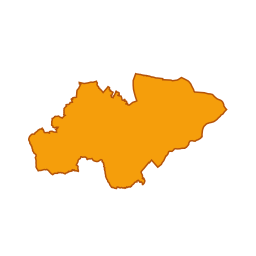 outline of Mintiu Gherlii, Cluj, Romania, rotated 162°
{"feature_id": "2599482B84488457525620", "entity_name": "Mintiu Gherlii", "entity_type": "district", "adm_level": 2, "iso_a3": "ROU", "parent_name": "Romania", "parent_adm1": "Cluj", "projection": "mercator", "projection_center": [23.941, 47.068], "detail": "fine", "context": "isolated", "style": "filled", "palette": "amber", "viewbox_px": 256, "rotation_deg": 162, "n_neighbors": 0, "source": "geoboundaries", "source_scale": "gbopen_adm2", "svg_char_len": 5902}
<svg xmlns="http://www.w3.org/2000/svg" viewBox="0 0 256 256"><g transform="rotate(162 128 128)"><path d="M143.6,182.2L147.2,182.3L149.1,183.1L151.9,183.2L155.7,183.8L156.4,184.1L160.3,186.4L160.6,184.9L159.5,184.2L162.6,181.0L164.8,179.6L165.7,177.7L166.6,175.4L167.1,174.6L167.4,173.3L168.4,173.2L169.7,173.7L171.1,173.7L171.3,173.7L171.7,172.7L172.1,173.2L172.9,173.1L173.1,172.7L172.9,171.9L173.0,170.9L172.8,170.5L172.9,169.7L175.2,170.1L176.1,169.0L177.7,168.8L178.6,169.2L179.7,169.2L179.9,169.0L179.8,167.7L181.2,167.2L182.6,166.4L182.9,166.1L183.2,164.9L183.7,164.1L183.7,163.3L184.1,162.7L184.0,162.4L184.3,161.9L184.4,161.3L185.0,160.5L184.9,160.1L184.0,159.7L183.9,159.5L184.3,159.5L187.5,157.8L188.1,158.5L188.9,158.9L190.2,160.6L190.5,160.9L191.7,160.9L193.5,161.5L193.8,161.4L194.2,161.5L194.5,161.0L195.5,160.8L196.2,160.4L197.2,160.5L197.6,159.0L198.5,157.7L199.2,155.4L199.7,154.6L199.7,154.2L198.9,153.2L198.9,152.5L199.1,152.0L198.5,151.4L198.0,151.2L197.8,150.8L196.2,150.9L196.0,150.6L195.8,150.8L196.0,150.9L195.9,150.9L194.3,150.3L195.1,149.7L195.2,149.4L195.9,149.2L196.6,149.2L197.2,149.0L196.6,148.2L197.1,146.8L197.2,146.3L197.4,146.5L197.5,146.3L198.5,146.5L199.4,146.9L200.7,147.8L200.9,148.2L202.4,148.7L203.4,148.8L203.8,148.7L204.1,148.3L204.3,147.5L204.9,147.9L205.5,148.5L208.4,149.2L209.0,149.8L209.1,152.9L209.8,153.0L209.8,154.3L210.9,153.8L211.8,154.1L212.6,154.1L213.1,153.8L214.0,153.8L215.0,153.1L218.1,152.0L218.3,151.5L218.9,151.1L220.7,151.7L221.7,151.7L224.1,150.4L225.5,148.7L226.1,147.3L225.9,146.5L225.8,144.5L226.1,143.5L225.5,142.1L225.6,141.1L225.2,140.4L225.5,137.8L225.3,137.0L225.7,136.0L225.7,135.7L225.3,134.6L225.2,133.9L225.3,133.5L223.8,131.2L224.0,129.7L225.3,128.5L225.3,127.2L225.5,125.3L226.3,123.2L226.8,121.0L227.5,119.4L227.3,117.7L226.9,116.5L226.6,115.0L225.6,115.0L223.9,114.5L220.5,114.4L219.0,113.6L218.0,113.7L216.7,112.0L216.3,110.8L215.1,108.2L214.0,106.9L211.9,107.6L209.1,106.7L208.5,106.9L208.2,107.3L208.0,107.2L207.9,106.9L205.6,106.4L205.2,105.9L204.5,105.8L203.7,105.3L202.0,103.8L200.9,104.3L199.3,104.3L198.6,104.7L198.0,104.5L197.8,104.6L197.7,105.0L197.0,104.7L194.6,104.4L194.4,104.7L194.5,105.2L193.7,105.5L193.0,105.0L192.5,104.9L192.3,104.6L191.9,104.6L191.8,104.2L192.4,104.2L191.9,103.8L191.2,103.6L190.6,103.2L190.1,103.2L188.7,102.1L188.4,102.4L188.4,103.6L188.2,104.1L188.2,105.1L187.4,106.9L187.6,107.5L188.6,108.8L186.0,111.4L185.6,112.5L185.3,112.8L184.2,113.5L183.2,113.6L182.7,113.9L181.7,115.2L181.1,115.0L180.7,114.5L180.2,114.2L179.3,114.1L177.6,113.6L177.3,113.3L176.5,112.1L176.7,110.9L176.5,110.6L175.4,110.8L174.2,110.7L173.7,110.3L171.7,110.1L171.5,109.1L171.0,107.8L169.7,106.7L168.0,105.7L166.8,105.5L163.5,106.3L163.2,106.1L162.5,105.3L162.5,105.0L163.0,104.0L162.1,102.7L162.3,102.1L162.1,101.8L162.4,101.1L162.3,99.7L163.0,98.8L162.4,97.2L163.1,96.5L163.2,95.9L163.0,95.4L163.3,94.8L163.2,93.3L163.7,92.3L163.6,91.7L163.8,90.8L163.8,89.9L164.2,89.1L164.0,85.9L163.6,85.1L163.7,83.1L163.3,82.4L162.9,81.4L162.8,79.5L161.9,76.6L161.2,76.4L160.9,76.0L160.6,76.1L159.2,74.8L157.6,74.0L156.6,75.2L155.6,74.8L155.1,74.5L154.9,74.0L153.8,73.4L152.7,73.5L151.3,72.4L151.0,72.5L150.4,72.3L149.8,72.3L149.6,71.8L149.2,72.0L149.0,71.8L148.9,72.0L148.5,71.8L147.5,71.8L147.4,72.1L147.1,71.8L146.9,71.9L146.5,71.6L145.5,71.9L144.2,71.2L143.9,71.5L143.8,71.3L142.7,71.5L142.1,72.3L140.6,72.8L139.4,73.4L138.6,74.1L137.6,74.3L136.2,74.0L136.1,74.6L135.9,74.9L135.2,74.9L135.0,75.1L134.4,75.1L134.1,74.8L133.5,72.8L133.1,72.6L132.3,72.9L131.7,72.2L131.4,70.8L131.7,69.8L131.4,69.6L129.9,70.4L128.7,71.8L128.3,72.6L128.3,73.5L128.5,74.0L129.6,75.3L128.6,75.4L129.2,76.3L129.4,76.9L128.9,78.5L129.0,79.5L129.2,80.8L129.2,82.1L128.4,82.8L126.3,84.1L125.8,84.3L118.8,88.8L118.4,88.3L115.5,90.2L111.8,81.5L107.5,83.1L106.2,84.5L104.1,85.9L100.6,89.7L100.1,89.6L99.0,90.3L98.1,90.9L97.2,92.2L96.5,92.9L95.4,93.0L93.4,92.2L91.4,93.0L90.7,93.6L89.6,93.8L87.6,92.9L84.9,92.2L83.3,92.1L80.2,91.2L79.0,91.7L78.5,91.6L75.6,93.4L75.1,94.0L75.0,94.7L73.8,95.9L72.8,96.5L70.8,96.1L69.8,95.4L68.2,94.7L66.8,95.2L65.0,95.2L62.4,95.8L61.5,96.2L60.9,96.9L60.5,96.7L60.2,97.0L59.6,99.1L57.9,102.8L57.0,104.2L55.4,106.0L52.0,107.7L48.7,107.8L47.6,107.6L44.6,107.5L42.6,108.0L40.6,108.7L39.3,109.5L36.6,110.7L35.5,111.6L33.4,112.0L31.2,113.7L28.5,115.1L29.2,116.5L29.9,118.9L30.0,119.5L29.7,120.8L29.8,122.2L30.0,123.5L30.6,124.8L31.4,125.8L33.5,127.5L34.4,128.4L36.5,131.8L36.5,132.3L37.4,133.8L39.3,135.0L41.1,135.7L44.6,138.0L53.5,141.6L53.9,142.7L53.8,144.2L54.5,148.4L54.7,150.4L55.5,152.7L56.3,154.2L59.1,157.1L61.6,159.5L65.3,158.5L66.6,158.4L71.1,159.2L72.4,160.3L80.0,163.2L79.7,164.2L84.5,166.4L86.1,167.0L87.8,168.3L89.1,169.0L89.7,169.0L90.3,169.7L91.8,170.8L92.7,171.1L93.0,171.5L93.5,171.7L94.0,171.6L94.3,171.9L94.3,172.2L94.9,172.5L95.8,172.7L96.0,173.0L96.9,173.0L97.4,173.8L97.9,173.8L100.0,175.3L100.7,175.4L101.9,176.2L102.9,176.5L103.9,177.3L108.4,171.5L109.8,167.2L110.8,163.2L111.1,159.5L111.3,155.4L111.2,151.1L112.6,150.9L115.6,150.9L119.6,149.4L120.9,150.0L121.0,150.7L120.9,151.4L122.4,151.3L122.5,151.6L122.0,151.9L121.4,152.6L121.2,153.3L121.2,153.8L121.5,154.1L122.7,154.4L123.0,154.7L123.0,155.0L122.2,155.5L122.2,155.8L122.3,156.2L122.8,156.3L123.4,155.8L123.9,155.8L124.5,156.1L124.9,156.5L124.9,157.0L124.7,158.8L124.8,160.5L126.6,161.4L128.1,162.6L126.5,161.5L125.9,162.8L126.1,163.1L125.6,164.0L126.2,164.9L127.4,165.6L127.6,166.3L127.9,166.7L128.6,166.0L128.3,165.7L129.7,164.6L131.5,162.7L131.7,162.9L132.4,162.2L132.8,161.4L134.1,162.3L134.1,164.2L133.5,163.9L132.1,165.7L131.2,166.6L133.4,168.7L132.9,169.2L133.9,170.3L133.1,172.2L134.2,173.5L135.3,172.7L140.7,169.4L141.8,172.5L142.5,173.0L142.7,174.5L143.3,174.8L143.5,175.1L143.3,176.1L143.3,176.6L144.0,177.4L144.0,179.2L143.4,179.9L143.3,180.5L143.7,181.6L143.6,182.2Z" fill="#f59e0b" stroke="#b45309" stroke-width="1.5"/></g></svg>